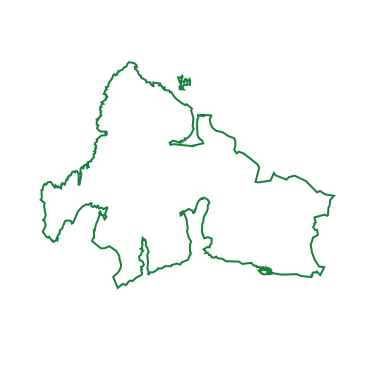 the district of Vindafjord nor, Rogaland, Norway, rotated 14°
{"feature_id": "86288312B43548013531547", "entity_name": "Vindafjord nor", "entity_type": "district", "adm_level": 2, "iso_a3": "NOR", "parent_name": "Norway", "parent_adm1": "Rogaland", "projection": "albers", "projection_center": [5.868, 59.547], "detail": "fine", "context": "isolated", "style": "outline", "palette": "green", "viewbox_px": 384, "rotation_deg": 14, "n_neighbors": 0, "source": "geoboundaries", "source_scale": "gbopen_adm2", "svg_char_len": 5935}
<svg xmlns="http://www.w3.org/2000/svg" viewBox="0 0 384 384"><g transform="rotate(14 192 192)"><path d="M143.1,303.0L147.0,298.0L150.6,298.2L152.1,294.4L153.9,292.8L155.6,292.9L159.0,288.2L163.1,284.6L163.1,282.6L161.3,279.8L162.1,279.0L160.6,277.0L162.3,276.1L162.9,274.2L160.8,271.3L157.7,270.8L156.3,267.2L157.7,265.0L157.7,262.9L158.8,260.9L156.1,259.6L157.4,258.8L156.9,258.1L156.6,254.3L155.7,253.4L155.3,248.6L156.9,250.0L157.6,248.7L157.2,250.5L158.3,249.9L159.5,251.9L160.3,255.7L161.9,256.6L164.5,260.7L163.7,263.6L166.4,270.9L167.2,277.1L169.7,280.8L169.1,282.1L169.6,282.4L170.2,282.1L169.9,280.9L171.3,279.9L173.6,279.5L177.2,275.6L177.3,274.4L180.9,273.6L184.0,270.4L189.5,269.2L190.0,267.8L194.3,265.2L198.2,265.2L199.0,262.8L204.6,258.7L205.1,253.3L205.7,253.0L205.5,251.1L204.5,250.2L203.5,246.7L202.8,243.2L203.1,240.2L199.8,236.9L196.7,231.5L196.5,228.0L193.5,220.3L189.5,214.6L188.4,214.7L188.1,216.1L186.7,217.5L185.7,215.1L188.5,212.6L189.7,212.6L193.0,209.2L197.1,210.2L198.2,212.1L199.2,211.5L199.6,210.0L199.0,208.6L199.9,207.3L199.7,204.5L200.4,199.7L201.8,197.1L203.3,196.4L202.6,196.1L205.2,194.5L209.2,195.7L211.4,198.1L210.5,201.2L211.3,203.9L211.2,207.0L209.5,213.5L210.1,217.9L209.7,220.7L211.3,228.4L215.1,233.9L218.5,232.0L222.4,232.5L223.4,237.0L222.3,239.6L222.6,241.4L220.2,241.7L217.1,244.8L220.1,246.9L219.9,248.0L221.8,247.0L223.7,249.0L225.3,248.7L226.8,250.6L229.8,250.2L231.1,248.8L233.0,250.0L237.2,249.5L241.8,250.9L254.3,248.2L258.4,249.6L266.7,246.4L269.4,248.3L272.5,248.1L272.8,249.1L277.6,248.3L278.2,249.4L276.9,250.3L278.2,251.3L275.8,252.1L279.0,254.2L281.9,254.5L284.1,253.8L284.3,252.8L286.5,253.3L288.6,252.2L282.6,249.9L280.9,250.4L279.1,249.4L279.8,248.5L279.0,247.2L282.3,249.3L284.1,249.1L283.1,247.7L285.2,248.7L284.9,247.4L287.0,248.0L288.1,249.3L287.2,250.2L289.1,251.2L298.5,250.6L313.5,246.4L318.1,247.1L328.4,245.7L327.9,244.4L328.9,244.2L328.5,241.6L329.1,240.6L331.6,240.2L332.3,238.9L336.5,241.6L338.5,233.0L333.4,233.6L327.2,227.8L322.9,221.4L320.0,214.6L320.5,206.8L324.6,203.3L322.6,198.5L320.8,199.2L318.1,196.8L318.8,193.3L318.3,192.8L319.5,191.3L317.8,189.3L317.1,186.9L326.2,181.9L329.0,182.3L329.5,181.3L328.2,174.3L328.8,171.7L328.0,166.4L330.7,161.4L321.8,162.1L316.0,160.1L313.4,162.1L299.8,153.8L287.6,151.3L282.5,154.1L280.8,157.1L269.3,155.7L266.9,153.7L265.5,161.9L254.2,166.6L251.2,166.9L251.3,151.9L248.6,149.2L232.8,142.1L227.8,141.6L225.9,143.7L222.8,140.8L222.8,136.2L221.7,132.0L219.6,129.5L213.9,129.0L207.4,126.6L200.4,126.7L196.4,124.7L193.5,121.4L191.7,117.5L192.3,113.2L191.7,113.1L182.8,114.8L184.1,115.6L179.3,115.9L180.2,118.2L179.6,120.0L180.6,125.5L183.6,135.6L185.7,138.1L189.6,139.8L191.1,142.1L181.8,146.8L182.6,146.9L182.3,147.3L163.1,149.9L159.8,151.4L158.4,149.6L161.4,146.8L167.8,146.9L168.4,145.8L169.0,146.6L169.0,145.4L170.6,145.4L170.3,144.2L173.0,143.3L172.1,141.7L174.4,141.1L177.2,136.2L178.2,130.1L176.7,128.2L175.6,120.2L171.5,113.2L171.8,111.1L165.5,108.1L164.6,109.4L160.1,108.1L152.8,104.7L147.8,100.1L146.5,100.7L145.6,99.1L141.0,99.7L139.8,98.9L140.5,98.0L140.1,97.1L138.5,98.2L136.7,96.0L134.3,96.5L134.8,94.5L128.0,95.2L128.3,96.0L127.9,97.0L129.7,98.9L126.2,97.7L125.0,95.6L121.2,96.6L120.4,94.8L114.8,93.2L114.5,91.9L112.2,91.1L110.3,88.2L106.9,86.2L106.3,84.5L108.3,84.4L107.4,82.2L104.6,81.0L99.5,81.2L98.4,83.0L98.0,86.1L96.0,87.4L94.9,90.3L91.2,92.7L91.7,93.3L90.7,94.5L91.0,96.3L89.7,97.3L88.1,96.4L87.1,98.2L87.2,100.3L84.8,106.8L85.2,109.9L83.1,111.0L83.6,113.2L84.3,113.2L83.5,114.0L82.7,118.2L85.1,118.2L85.1,119.6L85.7,119.9L87.5,119.6L86.2,120.2L86.6,120.8L85.6,122.2L86.0,123.2L82.5,127.0L84.6,127.9L83.4,128.4L82.9,130.9L83.4,131.4L82.3,132.2L83.0,133.3L82.9,134.8L84.5,136.0L84.0,137.2L85.4,139.5L84.7,139.9L84.9,141.1L84.1,141.5L83.9,143.0L82.1,144.5L83.2,145.1L82.4,146.4L83.4,149.9L85.1,150.1L84.4,153.0L85.2,153.9L88.6,155.5L94.3,154.1L95.4,155.7L93.9,156.2L94.9,157.7L90.4,159.1L86.8,164.1L87.6,165.2L87.3,166.8L86.3,167.5L86.1,169.3L87.9,170.3L87.6,171.2L88.4,172.8L87.5,173.2L88.2,175.5L87.4,176.3L88.6,176.6L88.6,177.8L87.3,179.2L88.4,181.9L86.2,186.1L86.6,186.7L83.8,188.1L84.9,192.0L85.8,192.7L84.4,194.0L84.1,191.8L83.5,191.9L83.5,190.1L80.8,192.4L81.0,196.3L80.1,194.0L79.3,194.2L78.3,196.4L79.0,200.2L79.6,200.2L79.4,201.4L80.4,201.6L81.0,212.1L80.1,212.3L77.8,202.2L75.4,199.6L73.9,199.9L73.7,201.1L71.6,200.9L70.9,201.8L70.3,205.3L68.7,205.9L68.7,207.5L67.8,207.9L68.4,210.1L67.1,210.3L66.8,215.6L64.3,214.7L64.0,216.3L63.4,216.3L64.2,220.2L61.0,218.9L60.6,220.1L58.0,218.6L58.3,220.4L57.7,220.9L52.5,216.4L49.6,217.5L48.7,220.4L47.1,219.7L46.2,222.3L46.6,226.0L45.5,226.4L47.8,234.5L47.0,236.2L51.6,238.2L52.2,242.3L55.7,250.0L55.4,254.0L54.3,255.2L56.0,256.0L57.8,259.1L58.1,260.8L56.8,266.6L57.2,267.1L60.9,270.3L63.2,271.2L64.1,269.9L68.4,273.6L68.8,272.8L70.1,273.7L71.8,271.7L71.9,270.4L72.9,271.1L72.6,269.9L73.1,269.5L72.1,268.7L72.8,265.5L73.6,264.7L73.1,261.0L74.8,259.2L75.7,251.5L77.1,250.0L80.4,249.4L82.0,249.7L83.0,251.7L84.0,251.0L86.2,238.3L89.2,232.7L92.4,229.5L94.4,229.7L96.5,227.2L97.4,227.4L97.6,230.0L98.7,230.4L100.3,230.2L100.9,228.9L103.3,230.1L103.8,229.4L103.6,228.3L104.2,228.0L105.7,230.4L108.1,229.1L110.4,230.0L113.1,227.4L113.7,228.0L112.9,234.7L115.1,236.8L113.8,239.6L112.0,237.3L111.9,235.8L109.8,236.4L107.6,233.2L107.0,234.2L107.9,237.2L106.6,247.7L106.9,252.8L106.0,252.7L108.0,260.0L107.0,261.3L107.0,263.9L117.1,268.6L120.6,267.8L125.1,264.6L132.9,267.6L137.2,271.9L137.4,273.7L140.7,279.4L141.2,282.9L139.8,287.9L136.1,293.4L143.1,303.0ZM155.0,82.5L154.3,81.6L153.0,83.8L150.8,84.1L153.4,88.3L154.5,86.9L154.4,89.0L155.0,89.0L155.5,91.2L154.4,92.9L155.2,94.3L156.2,93.9L155.6,95.1L159.0,94.5L156.5,92.8L158.0,92.0L157.9,89.8L161.0,89.6L161.4,88.2L164.0,88.6L163.3,84.5L162.3,83.0L161.1,85.8L160.3,86.2L159.4,83.9L158.3,83.8L157.6,85.4L158.0,87.3L155.1,87.1L154.5,86.5L155.0,82.5Z" fill="none" stroke="#15803d" stroke-width="2"/></g></svg>